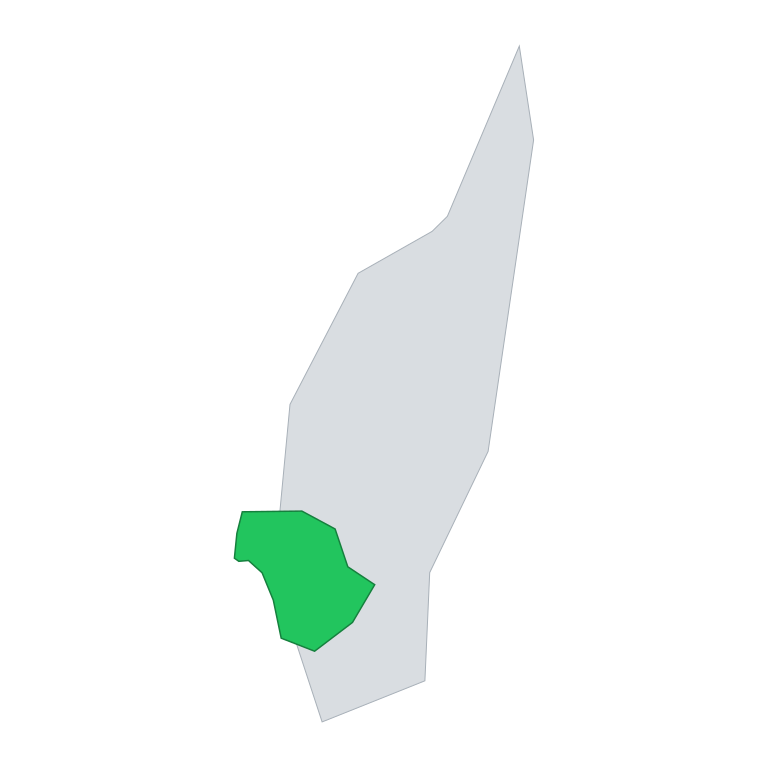 Palau, with Aimeliik highlighted
{"feature_id": "PLW-5244", "entity_name": "Aimeliik", "entity_type": "state/province", "adm_level": 1, "iso_a3": "PLW", "parent_name": "Palau", "parent_adm1": "", "projection": "robinson", "projection_center": [134.515, 7.434], "detail": "fine", "context": "in_parent", "style": "filled", "palette": "green", "viewbox_px": 768, "rotation_deg": 0, "n_neighbors": 0, "source": "natural_earth", "source_scale": "10m", "svg_char_len": 517}
<svg xmlns="http://www.w3.org/2000/svg" viewBox="0 0 768 768"><path d="M424.9,680.8L322.1,721.9L273.9,574.9L290.0,404.4L358.1,273.3L432.2,231.3L447.4,216.3L519.3,46.1L533.6,140.0L488.1,451.4L429.7,572.6L424.9,680.8Z" fill="#d9dde1" stroke="#a8b0b8" stroke-width="1"/><path d="M281.2,638.2L273.3,600.1L262.1,572.8L248.5,560.5L238.8,561.3L234.4,558.2L236.9,533.3L242.3,511.8L301.9,511.1L335.1,529.0L347.8,566.8L374.7,584.7L352.5,622.4L314.6,651.2L281.2,638.2Z" fill="#22c55e" stroke="#15803d" stroke-width="1.5"/></svg>